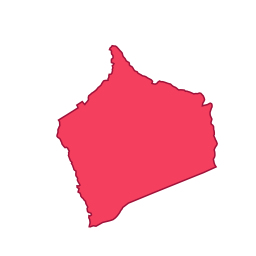 Passagem Franca, Maranhão, Brazil (Albers equal-area conic projection), rotated 329°
{"feature_id": "56859067B615678742471", "entity_name": "Passagem Franca", "entity_type": "district", "adm_level": 2, "iso_a3": "BRA", "parent_name": "Brazil", "parent_adm1": "Maranhão", "projection": "albers", "projection_center": [-43.757, -6.116], "detail": "fine", "context": "isolated", "style": "filled", "palette": "rose", "viewbox_px": 256, "rotation_deg": 329, "n_neighbors": 0, "source": "geoboundaries", "source_scale": "gbopen_adm2", "svg_char_len": 3218}
<svg xmlns="http://www.w3.org/2000/svg" viewBox="0 0 256 256"><g transform="rotate(329 128 128)"><path d="M72.5,85.4L72.6,87.1L72.2,88.1L70.8,90.8L69.2,91.8L68.4,92.5L67.3,93.1L66.4,94.5L65.9,95.5L64.8,96.5L63.5,97.6L62.9,98.5L63.0,99.7L63.9,101.7L64.1,102.8L63.8,104.8L63.7,106.1L63.2,107.8L63.5,110.6L63.9,112.4L65.4,112.9L65.9,114.2L65.7,115.9L65.8,117.5L64.3,118.6L64.0,119.7L62.8,120.8L62.5,122.6L62.1,124.5L61.8,126.5L62.3,128.5L61.3,129.2L61.3,130.4L61.3,131.7L60.9,132.9L60.8,134.0L60.3,135.7L60.5,136.8L61.2,137.8L60.7,139.1L59.9,140.1L59.0,141.6L58.8,142.7L59.0,144.1L58.9,145.2L57.8,146.5L57.5,149.0L57.6,150.7L57.4,152.2L56.0,152.3L54.5,151.3L53.8,152.7L54.7,154.8L53.8,155.7L52.2,157.1L53.3,159.0L53.1,160.7L52.5,162.1L52.7,163.8L53.2,165.3L53.3,167.3L53.8,168.9L53.1,170.8L52.9,172.1L52.9,173.5L52.8,175.1L51.5,175.9L51.0,177.0L50.4,178.5L50.6,180.0L51.6,180.9L52.4,182.2L51.9,183.7L50.2,183.8L49.4,183.0L48.2,184.8L48.0,186.8L47.1,188.9L46.5,190.0L45.0,191.4L43.9,192.6L44.8,193.3L46.0,193.5L47.9,193.9L50.0,195.7L57.7,195.9L64.1,197.9L66.0,198.4L68.0,198.8L70.1,198.6L71.3,198.4L73.7,197.7L77.3,196.2L78.7,195.3L79.8,194.8L81.4,194.2L82.5,193.4L89.7,192.6L117.5,196.8L163.6,204.1L169.6,205.1L183.5,206.7L183.4,204.5L183.8,202.4L184.5,200.4L185.1,198.7L187.3,197.4L188.4,196.2L189.4,194.4L190.0,193.1L190.6,191.1L192.2,189.9L193.2,189.3L195.4,188.3L196.4,187.3L196.9,184.8L196.9,183.1L197.3,181.2L197.4,180.0L197.5,178.7L198.6,178.0L199.4,176.7L200.3,174.8L200.6,173.5L202.0,171.0L202.1,169.6L201.4,167.4L202.0,165.9L203.7,164.4L204.5,163.6L204.9,160.0L205.3,158.8L205.9,157.6L206.6,156.6L209.9,153.8L210.9,153.2L211.9,151.5L212.1,150.2L211.2,149.0L209.6,148.9L208.3,148.9L206.7,148.4L205.2,147.9L203.2,147.3L204.8,145.3L206.7,144.3L208.1,143.3L208.6,142.0L208.8,140.9L209.0,139.2L208.3,135.8L207.2,134.8L205.3,134.4L203.5,133.2L202.0,132.7L201.1,131.4L200.2,130.1L199.5,129.1L198.3,127.8L197.4,126.7L196.1,126.1L195.9,124.7L194.7,123.7L192.7,122.3L191.1,121.5L190.6,120.4L190.1,118.7L189.6,117.6L188.4,116.0L187.7,114.6L187.1,112.3L186.0,111.2L184.9,110.0L183.1,107.8L181.6,106.2L180.0,105.2L179.3,104.0L177.6,104.0L175.8,104.6L174.1,104.5L173.0,103.7L171.5,102.1L173.1,100.6L172.7,98.6L171.4,96.5L170.6,95.2L169.8,93.4L168.8,92.1L168.0,91.4L167.2,90.6L166.6,89.2L165.7,87.8L164.8,86.2L164.8,84.5L163.9,83.5L163.2,82.4L163.0,80.9L163.1,79.0L162.9,77.3L162.0,76.1L161.7,74.6L162.3,73.6L162.6,72.4L162.0,71.4L161.1,69.6L161.2,66.9L160.9,65.4L160.7,64.3L161.0,62.6L161.6,60.9L161.4,59.2L161.0,57.6L160.6,55.2L160.1,52.7L159.5,51.4L158.1,50.4L156.8,49.3L155.4,50.0L153.9,50.2L152.5,51.3L153.4,52.3L153.3,53.9L152.5,55.0L152.1,56.3L152.4,58.0L151.6,59.8L150.7,60.5L149.3,60.5L148.4,61.7L147.5,63.4L148.5,64.6L149.1,65.6L148.2,66.3L146.6,66.5L146.1,68.6L144.7,69.7L144.2,71.0L142.1,72.9L140.9,73.1L139.5,72.3L138.6,73.2L137.8,74.6L136.3,75.5L135.4,76.8L132.7,75.4L131.3,75.1L128.7,76.3L127.1,77.3L124.9,77.8L123.4,77.9L121.9,78.5L120.0,79.1L118.4,79.3L116.5,79.5L114.8,79.5L113.6,79.8L110.9,80.2L109.7,81.4L108.7,83.4L107.0,84.2L105.4,84.7L104.3,85.0L103.1,85.6L102.8,84.5L102.4,81.8L95.9,82.0L95.9,83.5L95.5,85.0L81.5,85.3L79.0,85.3L72.5,85.4Z" fill="#f43f5e" stroke="#9f1239" stroke-width="1.5"/></g></svg>